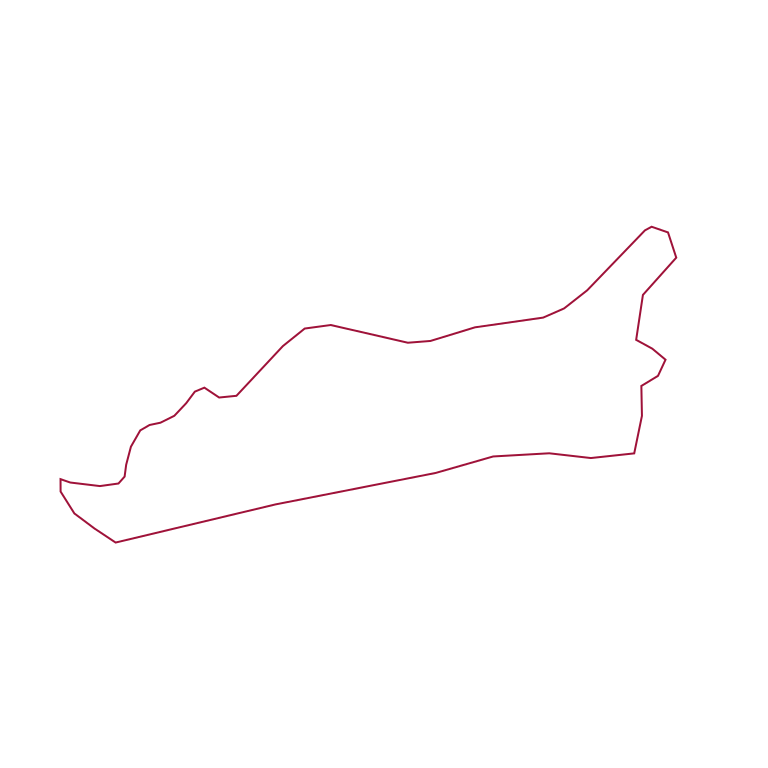 outline of Qusar, rotated 24°
{"feature_id": "AZE-1729", "entity_name": "Qusar", "entity_type": "District", "adm_level": 1, "iso_a3": "AZE", "parent_name": "Azerbaijan", "parent_adm1": "", "projection": "mercator", "projection_center": [48.173, 41.44], "detail": "fine", "context": "isolated", "style": "outline", "palette": "rose", "viewbox_px": 768, "rotation_deg": 24, "n_neighbors": 0, "source": "natural_earth", "source_scale": "10m", "svg_char_len": 729}
<svg xmlns="http://www.w3.org/2000/svg" viewBox="0 0 768 768"><g transform="rotate(24 384 384)"><path d="M238.9,463.4L254.0,454.8L276.2,390.5L289.0,365.6L311.3,351.8L389.0,336.6L408.9,325.8L444.1,295.2L502.4,258.6L517.8,241.7L531.5,215.8L559.9,137.5L564.5,131.5L581.8,130.0L599.6,149.7L584.3,197.3L596.4,241.1L614.7,242.6L631.3,247.3L631.0,265.1L619.9,281.1L632.6,308.2L640.8,345.6L603.1,367.5L563.1,380.1L513.2,405.8L467.3,444.3L333.9,538.1L203.3,638.0L178.4,633.8L153.8,628.2L132.3,613.8L127.2,602.5L137.5,601.6L166.0,592.8L181.9,582.9L184.7,574.1L181.3,562.6L178.3,544.2L180.2,525.5L186.5,516.8L195.5,510.3L205.4,498.3L211.1,482.0L214.3,467.9L221.4,460.4L238.9,463.4Z" fill="none" stroke="#9f1239" stroke-width="2"/></g></svg>